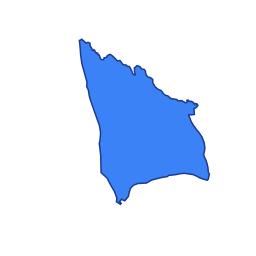 the district of Zorzor, Lofa, Liberia, rotated 311°
{"feature_id": "62588387B39118473724395", "entity_name": "Zorzor", "entity_type": "district", "adm_level": 2, "iso_a3": "LBR", "parent_name": "Liberia", "parent_adm1": "Lofa", "projection": "equal_earth", "projection_center": [-9.601, 7.921], "detail": "fine", "context": "isolated", "style": "filled", "palette": "blue", "viewbox_px": 256, "rotation_deg": 311, "n_neighbors": 0, "source": "geoboundaries", "source_scale": "gbopen_adm2", "svg_char_len": 3184}
<svg xmlns="http://www.w3.org/2000/svg" viewBox="0 0 256 256"><g transform="rotate(311 128 128)"><path d="M140.4,221.9L141.9,222.2L144.3,220.9L146.5,219.8L147.6,217.2L148.7,216.2L150.5,214.4L153.5,210.2L154.8,208.2L155.4,206.6L156.1,205.0L157.3,203.0L157.7,202.4L157.8,202.3L161.1,200.7L163.4,199.1L163.5,198.9L164.6,197.7L165.8,196.4L166.6,195.5L166.8,195.2L169.6,190.1L170.5,186.9L171.1,184.6L171.3,183.7L171.5,181.7L172.3,178.5L172.4,178.0L172.9,175.5L173.1,175.0L173.0,174.9L173.6,173.8L174.0,172.3L174.5,171.1L175.1,169.9L175.7,169.0L176.4,167.5L176.7,166.9L176.7,166.7L176.8,166.7L177.3,165.7L177.9,165.1L179.5,167.2L181.8,169.2L182.7,168.3L184.0,167.1L185.6,165.1L186.5,165.5L187.9,166.0L190.7,166.0L191.1,165.5L191.3,165.0L190.7,165.0L191.2,164.0L190.5,162.4L189.5,162.7L190.1,160.0L189.6,158.1L188.7,157.7L188.8,157.0L187.8,155.9L188.5,155.2L187.5,154.3L186.8,155.2L185.7,155.5L184.5,154.5L184.5,153.4L184.1,152.3L184.2,151.2L183.7,150.4L183.6,150.2L182.4,149.0L181.3,148.0L181.5,146.1L178.3,140.9L178.4,137.1L177.3,134.9L177.1,133.5L177.1,132.5L177.1,132.3L177.2,132.1L177.2,131.9L177.8,130.2L177.9,127.9L177.0,125.7L177.0,125.4L176.8,121.9L178.0,117.9L178.6,117.0L179.5,115.9L180.8,115.0L180.9,112.8L179.6,109.2L179.8,107.5L181.1,105.1L182.3,103.9L182.5,103.2L182.9,101.9L181.9,100.2L181.6,99.9L181.6,98.6L182.1,96.7L181.0,93.9L177.4,93.4L176.3,94.6L175.3,95.4L172.9,98.5L172.6,98.1L172.4,97.9L172.3,97.7L172.1,97.6L172.2,96.0L172.2,95.6L173.3,93.9L175.3,88.8L174.2,87.0L174.2,86.7L174.3,85.2L172.8,83.3L172.7,81.8L173.3,79.4L173.7,77.9L173.2,77.1L172.2,76.7L171.7,76.1L172.0,72.9L172.0,72.7L172.2,69.5L172.0,66.9L171.9,66.4L171.2,65.7L168.7,64.9L167.4,65.5L165.2,63.9L164.5,64.4L163.2,64.5L162.2,63.1L162.3,61.6L163.7,59.3L163.7,59.2L164.2,58.0L163.7,57.5L164.5,56.2L163.9,55.8L164.3,54.9L163.5,53.9L164.2,53.0L164.8,51.7L164.8,50.9L163.9,51.0L163.2,50.3L163.5,49.4L164.2,48.8L164.7,47.1L165.2,45.5L167.1,43.6L166.3,41.6L164.5,40.5L164.7,37.2L164.6,34.7L163.0,34.5L162.2,33.8L157.5,38.9L151.8,44.6L151.7,44.8L148.8,48.1L146.6,50.6L144.7,53.4L144.4,53.9L142.1,57.3L135.8,66.8L134.4,68.0L132.7,69.3L132.2,69.7L130.6,73.2L128.9,75.2L127.9,76.4L125.8,79.1L125.4,79.7L123.7,82.7L121.9,85.7L119.2,90.5L116.3,95.6L116.2,95.8L111.1,104.8L107.4,109.3L106.7,110.1L106.4,110.5L101.0,114.4L100.8,114.6L97.5,116.5L94.3,120.0L89.4,125.4L76.7,136.9L76.5,145.1L73.9,151.5L71.1,159.7L67.8,165.5L64.7,167.7L65.3,170.2L65.1,170.3L65.4,171.8L65.4,172.3L66.7,172.3L66.9,171.2L67.0,169.9L67.7,169.8L68.0,169.9L70.0,169.9L70.3,171.4L70.5,171.5L70.7,172.7L70.7,172.9L70.8,173.2L70.9,173.3L73.4,173.3L75.5,173.2L76.2,173.2L76.5,173.2L77.4,172.7L77.7,172.6L78.8,171.9L81.7,170.5L83.1,169.8L83.3,169.7L83.7,169.5L84.2,169.5L86.5,169.5L88.7,169.8L89.6,170.3L89.8,170.4L92.6,171.9L97.8,177.2L98.4,177.7L98.4,177.9L98.6,178.0L103.6,179.8L104.4,180.1L106.7,181.7L113.2,186.2L115.2,187.9L115.3,188.0L117.0,189.5L117.5,189.6L119.2,189.9L120.9,191.7L121.2,191.9L121.5,192.3L122.2,192.9L125.1,195.4L127.7,197.3L130.8,200.3L132.2,202.4L133.8,205.0L134.9,206.7L135.5,207.6L136.6,211.0L137.1,213.0L137.5,215.1L139.5,219.8L140.2,221.4L140.4,221.9Z" fill="#3b82f6" stroke="#1e3a8a" stroke-width="1.5"/></g></svg>